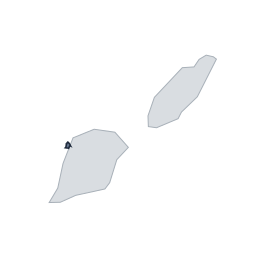 Gagaifomauga I, Samoa shown in context, rotated 297°
{"feature_id": "51752279B82418493782351", "entity_name": "Gagaifomauga I", "entity_type": "district", "adm_level": 2, "iso_a3": "WSM", "parent_name": "Samoa", "parent_adm1": "", "projection": "mercator", "projection_center": [-172.391, -13.461], "detail": "fine", "context": "in_parent", "style": "filled", "palette": "slate", "viewbox_px": 256, "rotation_deg": 297, "n_neighbors": 0, "source": "geoboundaries", "source_scale": "gbopen_adm2", "svg_char_len": 1152}
<svg xmlns="http://www.w3.org/2000/svg" viewBox="0 0 256 256"><g transform="rotate(297 128 128)"><path d="M94.3,83.5L111.5,98.4L118.3,118.2L110.9,137.1L94.7,132.4L71.0,136.5L63.2,135.1L44.2,111.9L31.1,101.4L25.8,91.6L42.6,92.7L67.0,86.2L94.3,83.5ZM229.5,175.5L187.3,175.6L166.5,168.4L159.1,168.4L141.2,153.3L138.5,145.5L147.9,140.3L167.3,137.6L206.4,149.0L212.4,159.1L221.4,160.2L228.4,164.6L230.2,171.7L229.5,175.5Z" fill="#d9dde1" stroke="#a8b0b8" stroke-width="1"/><path d="M88.2,80.8L87.9,80.8L87.8,80.7L87.7,80.6L87.3,80.5L87.1,80.4L86.9,80.4L86.8,80.5L86.7,80.5L86.4,80.6L86.2,80.6L85.9,80.4L85.9,80.5L85.7,80.6L85.4,80.6L85.2,80.6L84.8,80.8L84.6,80.8L84.3,80.8L84.2,80.9L84.1,81.0L83.9,81.0L83.7,81.1L83.4,81.2L83.1,81.2L82.9,81.3L82.8,81.2L82.7,81.2L82.4,81.2L82.2,81.2L81.9,81.1L82.2,82.1L83.0,84.0L83.0,84.3L83.3,84.2L83.9,84.2L83.9,84.3L84.4,84.3L84.6,84.3L85.9,84.3L85.9,84.8L85.9,85.1L86.1,84.8L86.3,84.6L86.4,84.4L86.5,84.3L86.6,84.2L86.7,83.9L86.8,83.8L86.9,83.7L87.0,83.7L87.6,82.6L87.6,82.4L87.7,82.2L87.7,81.9L87.8,81.8L87.8,81.7L88.0,81.6L88.0,81.2L88.2,80.9L88.2,80.8Z" fill="#64748b" stroke="#1e293b" stroke-width="1.5"/></g></svg>